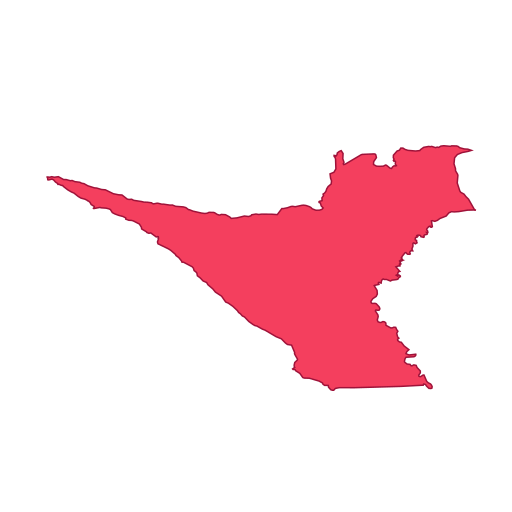 outline of Tocaima, Cundinamarca, Colombia, rotated 275°
{"feature_id": "7082276B61124512176506", "entity_name": "Tocaima", "entity_type": "district", "adm_level": 2, "iso_a3": "COL", "parent_name": "Colombia", "parent_adm1": "Cundinamarca", "projection": "equal_earth", "projection_center": [-74.634, 4.489], "detail": "fine", "context": "isolated", "style": "filled", "palette": "rose", "viewbox_px": 512, "rotation_deg": 275, "n_neighbors": 0, "source": "geoboundaries", "source_scale": "gbopen_adm2", "svg_char_len": 6124}
<svg xmlns="http://www.w3.org/2000/svg" viewBox="0 0 512 512"><g transform="rotate(275 256 256)"><path d="M163.3,302.9L162.0,302.9L160.5,303.8L156.8,306.4L155.8,306.1L153.3,303.9L150.6,303.5L149.0,303.8L148.4,304.3L146.7,302.3L146.2,302.8L146.2,304.9L145.1,305.6L142.9,309.9L139.0,313.2L138.6,314.7L138.9,319.7L136.9,329.7L135.3,333.3L134.1,333.9L133.1,335.6L133.4,339.2L131.6,339.7L129.3,342.1L128.9,343.9L129.0,345.1L131.0,346.6L132.1,350.4L133.4,365.7L138.7,411.4L141.9,433.9L143.0,434.1L143.1,434.5L142.7,436.1L141.2,437.3L139.2,439.8L139.2,441.7L139.6,442.7L141.1,442.9L142.5,442.2L143.7,441.1L144.8,438.5L146.0,437.0L152.1,433.7L152.0,432.8L150.3,430.7L150.1,429.9L150.4,428.8L151.5,428.5L153.9,429.9L155.8,429.7L159.0,426.1L161.0,425.1L161.3,422.7L160.2,420.9L160.2,420.0L161.5,418.9L161.5,416.0L163.0,413.6L163.6,413.1L164.5,413.1L166.9,413.5L168.2,414.3L169.4,422.2L170.4,423.5L171.4,423.9L172.1,423.7L170.8,417.4L171.0,416.1L171.8,413.9L173.8,414.5L176.0,416.5L179.3,411.4L182.7,408.3L182.9,406.4L184.2,404.5L185.4,404.3L186.6,405.5L187.6,404.2L191.3,402.9L193.4,403.9L195.0,402.5L197.1,401.4L197.1,399.5L196.3,398.1L196.1,396.5L198.3,391.5L200.5,391.2L201.2,390.5L201.7,389.3L201.7,388.0L200.7,386.4L200.6,385.2L201.1,383.3L202.8,382.4L206.3,383.0L207.9,382.6L211.7,379.7L212.7,380.2L212.5,382.1L212.8,383.4L214.1,384.0L215.0,383.7L216.2,383.0L218.9,380.0L219.2,378.8L218.9,375.9L219.2,375.1L220.2,374.5L220.9,374.5L223.6,376.0L226.3,379.3L228.7,380.2L232.3,379.6L236.8,376.3L237.0,376.5L238.4,380.9L239.7,380.1L240.5,380.7L239.9,383.0L242.3,383.2L243.5,383.8L244.2,384.7L243.8,385.9L244.0,388.1L242.8,392.1L243.8,393.6L244.7,397.8L245.2,399.3L247.1,400.3L248.0,401.6L248.7,401.5L249.5,400.2L249.5,399.7L248.3,398.8L249.1,397.4L250.1,399.0L251.3,398.7L252.8,399.4L253.2,400.6L257.4,396.3L258.4,398.5L258.6,400.3L259.1,400.3L259.7,399.7L260.6,399.7L260.5,400.9L261.0,401.0L262.8,399.7L264.3,402.3L264.3,400.3L264.9,401.0L265.1,402.4L266.7,400.9L267.1,401.4L268.2,401.5L272.1,404.1L272.5,405.0L271.0,406.7L271.1,409.1L271.6,409.5L273.0,408.8L274.0,409.2L274.7,409.9L274.8,411.7L276.5,410.7L279.4,411.5L282.0,411.2L282.7,411.6L282.8,412.1L282.0,413.7L283.2,415.3L284.7,414.6L285.5,414.6L286.0,413.3L286.6,413.1L288.3,413.3L288.7,414.7L289.5,415.4L290.1,414.3L290.4,414.4L290.9,415.5L290.9,417.5L290.5,418.2L289.6,418.6L289.2,421.3L289.7,421.9L290.7,421.5L291.6,421.9L292.5,424.5L293.6,424.8L294.4,423.9L294.6,425.1L295.9,424.8L297.1,423.7L298.0,423.8L300.3,425.5L300.7,426.2L300.8,427.0L300.1,427.2L299.9,428.0L300.0,428.5L300.6,429.1L306.3,427.7L306.6,428.6L306.1,431.1L307.3,433.6L309.4,436.0L312.4,442.0L315.7,444.3L317.2,446.8L317.2,449.6L317.9,454.1L320.1,462.7L320.8,468.8L320.7,471.0L321.5,469.4L331.1,462.8L333.5,459.9L335.8,457.8L337.3,454.4L338.5,453.4L346.3,450.1L353.9,450.1L355.0,449.7L358.2,447.4L360.5,447.1L365.1,445.2L371.2,445.3L374.7,447.8L377.0,452.3L378.7,458.2L380.0,461.4L380.9,457.7L380.8,454.2L381.6,449.6L382.8,447.7L383.1,446.3L382.8,441.4L382.2,440.0L382.2,433.5L381.6,430.6L380.1,428.6L380.3,427.0L379.6,425.4L380.5,421.5L380.1,420.1L380.2,418.5L378.9,413.6L376.4,410.7L375.3,410.0L374.5,405.8L374.5,398.1L375.2,395.1L376.3,393.0L376.1,390.8L373.9,389.7L372.9,387.4L368.4,384.1L365.9,384.2L364.5,385.1L363.2,384.5L362.4,385.2L362.8,386.0L362.0,386.8L359.8,386.7L358.2,388.0L357.9,387.4L357.9,385.7L356.7,384.3L355.0,383.4L355.2,381.9L357.8,378.0L357.9,377.1L356.6,375.0L356.1,371.2L356.0,368.2L357.4,365.1L360.2,365.0L364.5,367.4L367.3,366.5L367.9,365.8L368.0,364.7L366.5,353.1L366.1,352.0L355.3,336.9L354.7,335.4L355.4,334.9L357.0,335.5L360.4,334.0L365.7,333.8L368.4,331.7L367.4,329.8L365.7,328.0L364.0,327.9L362.5,326.9L363.0,326.2L363.0,325.0L361.9,325.2L361.0,326.2L359.5,326.8L349.7,328.0L346.2,326.3L344.3,322.6L340.0,323.5L337.4,324.7L334.3,324.6L331.5,321.8L329.1,320.6L326.5,320.0L324.6,318.8L323.5,317.4L322.0,318.0L319.7,316.6L316.9,317.0L316.0,314.4L315.5,314.0L314.8,314.2L314.4,315.5L311.6,316.6L309.7,318.7L308.2,317.6L307.2,315.3L306.8,311.7L307.9,307.9L309.1,306.5L309.8,305.0L310.7,301.4L310.8,298.9L310.5,297.3L308.5,290.8L308.7,288.2L308.4,286.6L306.8,283.1L305.6,279.0L305.5,277.6L299.1,273.6L299.0,268.1L298.2,258.0L297.6,255.1L297.8,252.3L296.7,248.1L295.7,247.5L294.7,245.2L294.8,240.9L292.3,233.6L291.3,228.1L292.6,226.4L294.5,222.0L294.4,217.8L293.7,216.6L293.6,215.6L294.1,213.6L295.5,211.0L295.7,209.9L295.4,205.4L294.4,203.7L293.9,201.4L294.0,198.2L295.2,189.3L296.3,185.7L296.3,184.8L298.1,181.9L298.6,179.3L298.5,171.6L299.5,168.3L299.2,165.9L299.6,159.2L299.4,157.8L300.0,153.9L300.0,152.9L299.0,149.4L299.3,148.1L299.9,147.4L300.1,143.0L299.9,139.7L300.3,137.3L300.8,129.3L301.7,127.2L301.3,124.7L301.4,122.9L305.1,117.2L305.0,113.9L305.6,108.5L308.8,100.2L308.8,96.3L309.8,91.4L309.8,89.1L311.3,82.3L313.1,78.3L313.3,76.0L314.1,74.1L314.3,69.1L315.2,66.2L314.8,64.6L315.6,60.2L315.4,57.7L317.8,52.2L316.9,48.3L317.2,45.5L316.5,43.6L316.6,41.5L316.4,41.0L315.5,41.6L313.8,41.9L313.7,42.9L314.8,46.0L314.2,47.7L312.2,49.8L310.9,52.1L310.1,52.4L310.2,53.6L309.4,55.9L309.4,57.3L308.6,57.9L305.5,62.7L303.7,66.5L302.8,69.2L299.8,73.7L298.4,76.6L297.7,80.6L296.8,82.9L296.3,83.4L296.2,84.3L294.9,86.0L292.9,87.3L291.3,90.5L290.2,90.6L289.4,89.9L289.1,90.3L290.8,96.3L290.5,97.4L290.6,102.5L290.1,105.5L289.6,106.9L286.7,109.1L285.6,111.7L284.5,115.7L283.8,119.9L282.6,122.9L281.4,123.0L280.5,126.2L280.6,128.8L280.3,130.6L277.7,137.0L274.7,139.3L273.0,139.7L270.4,145.0L269.9,145.2L269.3,147.3L269.8,149.2L266.3,154.9L266.8,156.5L266.7,157.0L266.1,157.2L265.2,156.9L264.7,157.4L261.4,156.6L259.6,157.3L255.5,168.1L254.2,170.6L250.5,175.7L249.5,176.2L247.7,179.2L244.6,182.2L243.4,182.8L243.5,184.3L239.7,193.4L238.4,194.7L236.1,195.6L234.9,197.5L233.8,198.6L231.2,199.3L229.4,202.2L226.5,205.5L225.3,209.1L223.2,210.6L219.4,215.9L216.5,218.7L213.0,225.2L207.5,229.8L206.6,232.6L203.8,237.4L199.9,242.3L198.2,243.6L197.1,245.5L195.1,247.6L194.3,249.8L190.1,254.6L187.5,259.0L186.6,260.9L186.3,263.0L183.7,268.7L182.9,271.5L177.4,283.0L175.7,288.5L171.9,292.9L170.6,295.0L170.3,299.2L163.3,302.9Z" fill="#f43f5e" stroke="#9f1239" stroke-width="1.5"/></g></svg>